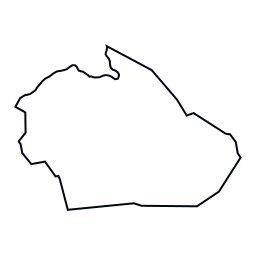 outline of Watauga, North Carolina, United States of America
{"feature_id": "52423323B71278285569772", "entity_name": "Watauga", "entity_type": "district", "adm_level": 2, "iso_a3": "USA", "parent_name": "United States of America", "parent_adm1": "North Carolina", "projection": "robinson", "projection_center": [-81.756, 36.251], "detail": "fine", "context": "isolated", "style": "outline", "palette": "ink", "viewbox_px": 256, "rotation_deg": 0, "n_neighbors": 0, "source": "geoboundaries", "source_scale": "gbopen_adm2", "svg_char_len": 1178}
<svg xmlns="http://www.w3.org/2000/svg" viewBox="0 0 256 256"><path d="M230.0,134.3L225.7,133.7L193.6,113.1L186.7,115.5L177.2,99.9L151.7,70.1L106.8,46.2L107.1,47.6L106.6,50.6L105.9,52.4L105.6,54.4L106.4,55.8L108.9,58.8L109.9,61.5L109.9,63.5L110.1,64.9L110.6,67.1L111.2,68.1L112.7,69.7L114.9,70.3L117.8,72.3L119.0,74.7L118.7,76.7L118.0,78.6L115.2,79.2L113.2,78.0L111.4,76.6L109.0,75.6L106.5,75.1L104.6,75.3L102.4,75.9L100.0,77.1L98.3,77.3L95.1,77.5L93.4,77.2L92.1,76.8L91.2,76.4L89.4,76.6L88.0,75.2L83.6,72.1L82.0,71.3L80.7,71.3L79.0,70.7L77.7,68.9L76.9,67.1L75.2,65.3L72.5,65.2L68.9,67.5L66.6,69.3L62.0,70.6L56.7,71.5L52.8,73.8L50.7,75.6L48.1,77.2L45.0,78.8L42.1,81.5L36.7,88.0L35.8,89.8L34.2,91.2L30.4,93.8L26.8,95.0L25.3,94.9L20.2,98.1L15.4,106.8L25.3,112.4L25.6,132.7L18.8,141.2L19.0,141.5L19.1,142.1L19.6,142.8L19.8,143.1L20.5,144.0L20.6,144.3L22.3,153.1L31.3,164.1L45.0,161.6L55.5,176.4L55.9,176.2L56.3,176.3L56.8,176.4L57.0,176.3L57.4,176.1L58.2,175.9L58.4,175.9L59.8,179.1L67.8,209.8L133.9,203.3L141.4,205.7L142.0,205.8L197.0,206.3L218.9,191.6L240.6,157.6L237.6,153.1L237.6,152.9L237.6,152.7L235.8,142.0L230.0,134.3Z" fill="none" stroke="#020617" stroke-width="2"/></svg>